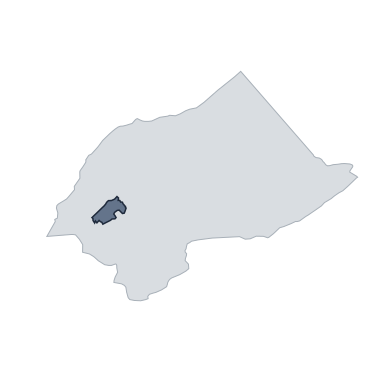 location of Agago within Uganda, rotated 229°
{"feature_id": "UGA-5608", "entity_name": "Agago", "entity_type": "District", "adm_level": 1, "iso_a3": "UGA", "parent_name": "Uganda", "parent_adm1": "", "projection": "equal_earth", "projection_center": [33.347, 2.944], "detail": "fine", "context": "in_parent", "style": "filled", "palette": "slate", "viewbox_px": 384, "rotation_deg": 229, "n_neighbors": 0, "source": "natural_earth", "source_scale": "10m", "svg_char_len": 2974}
<svg xmlns="http://www.w3.org/2000/svg" viewBox="0 0 384 384"><g transform="rotate(229 192 192)"><path d="M251.1,307.9L247.2,307.9L240.7,307.9L234.3,307.9L227.9,307.9L221.4,307.9L215.0,307.9L208.6,307.9L202.1,307.9L195.7,307.9L189.3,307.9L182.8,307.9L176.4,307.9L170.0,307.9L163.5,307.9L157.1,307.9L150.7,307.9L144.2,307.9L140.4,307.9L139.7,307.7L139.1,307.5L136.7,308.1L134.2,310.3L131.5,311.2L128.7,310.8L128.3,311.0L126.9,311.0L124.8,310.8L122.9,311.4L121.5,313.3L120.0,316.5L117.3,320.2L115.3,323.4L113.5,325.7L109.5,329.6L107.3,330.7L106.2,330.5L105.6,329.8L104.3,324.9L103.5,324.1L95.7,326.6L94.5,326.7L94.7,325.2L94.1,313.7L94.0,306.7L95.0,302.3L95.6,297.2L95.7,292.7L97.1,285.1L96.6,280.5L98.4,264.5L98.9,261.9L99.6,254.2L100.8,251.8L101.8,250.9L103.1,246.2L105.7,238.6L107.5,234.7L107.1,226.1L107.4,220.3L107.8,219.1L111.6,216.9L116.5,211.5L118.5,205.2L121.5,201.2L127.1,198.6L144.0,177.0L151.8,165.3L155.2,159.3L155.3,157.2L156.0,154.4L154.6,152.2L153.0,150.2L152.4,148.3L151.0,147.4L149.0,147.5L147.7,146.1L146.2,143.5L144.7,141.8L139.9,142.0L136.3,139.3L136.3,135.6L137.7,128.5L140.5,120.2L140.7,117.9L140.3,116.0L139.6,114.3L138.4,112.7L137.2,110.7L138.1,104.8L139.9,99.0L141.3,96.1L142.7,92.8L142.3,90.2L140.3,88.9L141.3,86.2L143.6,81.9L147.9,77.4L151.6,74.5L154.1,74.5L159.0,76.8L163.5,79.6L165.9,79.7L168.9,78.6L175.0,73.7L176.4,75.2L178.2,78.2L180.2,83.2L184.0,85.4L185.9,87.0L187.2,87.4L187.9,87.0L189.4,83.1L191.2,81.0L194.4,78.4L201.6,76.2L206.8,75.6L208.9,75.1L212.6,73.9L218.3,69.9L224.0,75.0L230.2,76.0L236.1,76.0L237.9,74.4L239.0,73.2L245.2,64.8L253.7,53.3L259.4,69.4L261.3,70.4L261.0,71.8L260.6,73.2L264.2,77.0L268.8,79.1L270.4,81.1L270.6,83.2L269.0,92.7L269.3,95.3L270.8,104.8L273.5,106.9L275.9,116.4L280.8,120.5L281.5,121.6L282.6,126.2L284.1,131.3L285.2,132.5L285.9,132.8L287.4,138.1L286.6,141.1L287.7,150.3L289.5,158.5L290.0,168.2L290.0,172.5L289.9,175.2L289.5,178.9L288.7,181.0L287.1,183.1L285.4,186.4L283.9,189.9L283.0,191.7L283.7,196.9L283.5,198.3L283.1,199.0L280.9,199.8L278.1,201.2L276.4,202.6L274.0,205.3L272.0,208.2L269.5,216.7L265.2,223.4L264.5,225.5L260.4,229.5L258.7,234.4L257.5,240.4L256.0,244.6L252.6,250.5L251.8,259.8L251.9,278.4L251.0,299.6L251.1,307.9Z" fill="#d9dde1" stroke="#a8b0b8" stroke-width="1"/><path d="M238.3,99.7L238.5,103.2L238.6,105.9L239.1,114.7L239.1,116.1L239.3,117.4L239.5,118.9L240.0,120.2L240.3,121.6L240.3,123.3L238.4,125.6L237.4,128.9L237.8,132.4L235.7,132.6L234.1,130.8L233.5,131.6L232.8,132.0L232.0,131.6L231.2,131.5L230.6,132.3L229.9,132.8L228.5,132.2L226.9,132.3L226.3,132.1L225.8,132.0L224.9,132.4L224.3,132.0L223.8,131.5L223.1,131.7L221.3,128.6L220.5,126.9L221.4,125.4L226.1,125.1L227.2,123.4L227.4,120.2L226.7,118.5L224.4,118.3L222.5,117.9L222.3,116.2L223.3,115.0L224.1,113.9L224.1,111.9L225.3,107.3L226.2,103.6L228.3,104.1L229.7,103.4L231.5,103.2L231.1,100.0L233.5,100.1L232.5,98.2L235.4,98.6L236.1,99.1L236.7,99.7L237.5,99.8L238.3,99.7Z" fill="#64748b" stroke="#1e293b" stroke-width="1.5"/></g></svg>